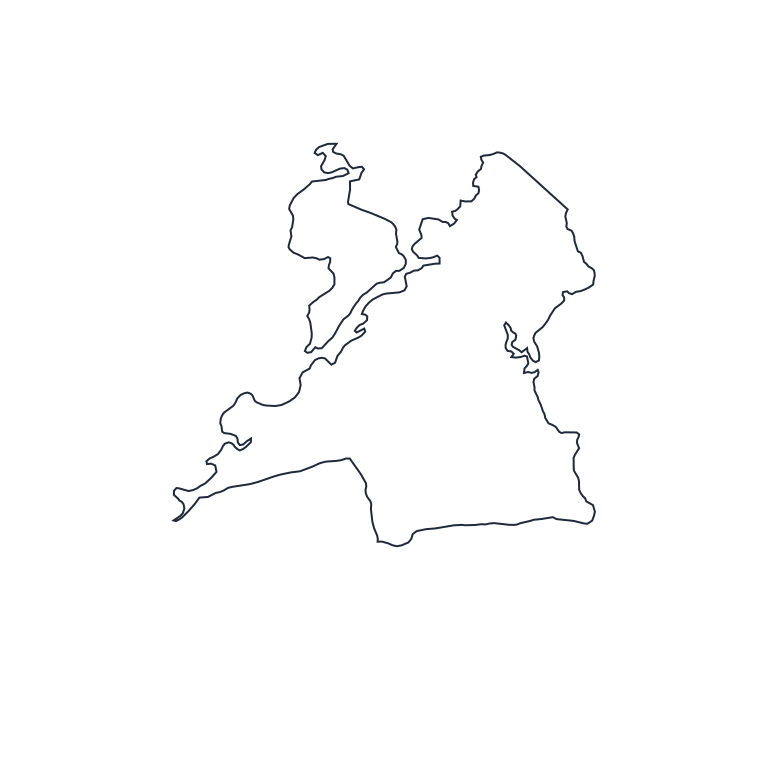 outline of Kisauni, Coast, Kenya, rotated 55°
{"feature_id": "3690345B29559403317261", "entity_name": "Kisauni", "entity_type": "district", "adm_level": 2, "iso_a3": "KEN", "parent_name": "Kenya", "parent_adm1": "Coast", "projection": "equal_earth", "projection_center": [39.676, -3.982], "detail": "fine", "context": "isolated", "style": "outline", "palette": "slate", "viewbox_px": 768, "rotation_deg": 55, "n_neighbors": 0, "source": "geoboundaries", "source_scale": "gbopen_adm2", "svg_char_len": 6166}
<svg xmlns="http://www.w3.org/2000/svg" viewBox="0 0 768 768"><g transform="rotate(55 384 384)"><path d="M348.3,136.8L346.4,133.4L283.5,147.7L266.1,153.0L263.7,154.1L261.4,155.9L259.1,158.5L258.3,162.5L257.0,166.2L254.2,171.1L253.4,174.4L256.2,175.6L259.5,175.8L261.5,179.3L263.4,181.2L263.8,185.6L265.3,188.9L267.6,189.5L267.9,192.8L270.2,195.6L273.0,197.3L276.5,193.5L279.9,195.0L281.9,197.2L282.3,200.6L284.0,203.9L284.5,207.6L281.1,212.7L277.7,216.0L282.2,219.6L283.0,223.3L283.1,226.5L281.9,229.4L285.4,231.2L289.2,231.3L291.5,230.3L292.8,234.6L292.5,239.5L289.2,239.1L286.7,240.5L284.9,243.0L280.4,245.0L273.4,252.4L271.2,257.8L277.7,266.6L283.5,267.9L285.9,269.4L286.7,278.2L287.5,281.4L289.3,283.8L292.4,284.3L297.6,283.1L300.5,283.3L304.8,278.2L306.9,274.6L308.3,271.4L309.3,266.8L312.5,266.1L317.2,269.4L314.8,273.1L309.6,283.8L310.7,286.7L310.4,290.9L308.3,294.4L307.8,298.8L306.5,302.6L308.0,305.4L317.0,309.4L319.0,313.5L317.8,318.8L311.3,330.1L309.8,333.8L308.3,344.5L308.7,349.5L309.8,354.5L311.9,358.9L314.0,362.0L316.6,359.5L319.0,358.9L322.0,361.3L322.6,366.4L321.7,370.1L322.3,374.0L323.7,377.4L326.1,376.9L327.3,368.4L330.4,369.4L331.5,374.9L331.2,378.8L329.7,385.9L329.9,393.8L330.9,397.1L332.9,400.8L334.3,406.1L338.5,411.8L338.0,416.0L329.1,417.7L326.8,420.0L325.5,422.7L324.8,426.7L326.8,433.2L328.7,436.0L327.8,443.9L330.8,449.9L337.1,452.9L341.9,458.3L343.9,464.6L343.9,471.7L342.4,480.0L339.8,485.5L333.8,493.2L331.3,495.5L326.0,498.8L323.7,499.5L317.9,498.3L315.4,498.8L312.7,500.8L311.4,503.9L310.7,507.8L311.7,512.5L314.0,516.2L315.4,519.7L315.7,531.8L317.2,535.3L319.0,537.8L322.2,540.6L325.5,541.4L330.2,543.9L332.6,543.0L336.8,538.3L341.6,535.1L344.8,535.4L348.0,537.2L351.3,537.2L352.8,534.0L352.2,529.5L352.4,524.2L355.3,526.5L356.4,533.4L356.4,536.8L355.7,540.2L353.4,541.4L350.1,542.2L347.4,542.2L345.0,542.9L342.7,544.7L341.6,548.5L342.4,551.4L344.5,555.1L346.2,560.3L345.8,565.8L345.0,569.4L345.4,573.8L348.1,574.9L350.1,571.3L353.9,569.0L359.9,571.6L361.7,579.0L362.9,587.5L362.2,592.8L362.2,597.2L361.4,601.3L359.5,605.6L352.3,611.4L350.2,613.6L351.0,617.2L354.3,619.7L359.9,618.4L362.2,618.4L364.6,617.2L367.6,617.2L371.4,618.9L374.4,622.8L375.2,626.5L375.1,634.6L377.0,633.0L377.5,629.2L377.5,626.0L376.0,617.0L373.6,607.4L371.2,600.3L375.5,593.1L376.7,584.5L378.4,580.3L379.3,576.4L379.6,571.4L381.2,567.3L389.1,551.3L392.0,543.3L396.6,527.1L399.0,520.3L403.0,511.0L407.3,502.9L410.7,489.7L411.9,482.7L412.8,479.9L414.2,476.2L419.8,466.9L421.7,463.0L423.3,457.8L425.4,454.8L444.7,454.7L454.9,455.7L457.8,457.3L460.0,459.8L463.1,461.6L466.6,462.5L472.3,462.4L474.9,463.2L479.0,466.5L489.9,472.4L496.3,474.8L504.4,476.6L507.4,478.0L509.5,479.7L511.7,476.3L516.7,472.1L520.9,469.6L524.2,466.6L526.2,462.3L527.8,454.9L526.5,450.4L523.4,446.5L523.3,441.5L527.1,432.7L531.8,424.7L539.8,407.9L544.2,400.8L546.1,398.8L552.0,389.8L554.6,384.8L557.3,381.3L558.8,377.6L561.2,373.5L570.9,362.5L573.6,358.9L575.2,356.2L576.3,352.0L580.2,342.3L581.0,339.4L584.9,332.5L589.9,322.1L593.6,320.2L604.8,307.3L613.0,300.1L615.2,297.4L615.3,291.8L612.3,287.5L609.6,284.5L603.1,282.3L596.2,285.6L592.9,284.8L590.2,285.4L586.4,285.5L582.6,284.8L575.4,280.0L572.1,278.7L564.5,278.2L562.1,277.1L553.2,271.0L551.5,268.2L548.5,261.0L542.8,259.7L540.4,257.6L539.0,255.0L537.2,253.0L534.2,254.0L527.4,263.4L525.9,266.8L523.6,267.9L517.6,267.9L513.8,269.7L510.6,271.8L504.3,271.4L500.7,269.8L497.4,269.4L490.9,267.5L485.6,266.7L482.9,265.6L475.5,264.4L473.1,262.6L468.1,260.4L465.8,257.8L465.6,253.6L463.0,250.6L460.6,250.0L460.7,253.8L459.6,256.7L456.9,259.0L455.2,263.0L451.8,259.9L451.2,256.7L449.8,253.9L443.5,251.1L441.4,252.7L440.3,256.5L438.0,260.9L435.0,264.2L433.7,260.4L430.4,261.0L427.8,263.8L424.3,263.7L421.6,261.9L419.5,259.4L417.9,256.7L414.7,254.4L404.9,251.9L403.6,248.9L407.6,248.1L410.9,248.2L413.2,249.2L415.6,248.7L417.9,247.5L420.3,248.0L423.1,250.9L423.2,254.9L425.2,257.0L427.5,257.0L434.1,253.8L436.9,253.1L436.7,246.2L440.0,248.0L442.9,248.0L446.2,248.9L450.0,248.7L453.0,247.3L453.6,243.6L450.3,240.8L446.7,238.9L441.1,237.0L435.5,236.7L432.2,235.4L430.4,233.1L429.0,230.4L428.4,221.5L427.3,217.7L425.7,213.1L423.4,209.0L420.0,200.6L419.8,192.4L418.9,188.4L416.3,186.8L413.6,186.8L411.4,184.6L413.2,180.7L415.6,180.4L418.3,178.4L418.6,174.0L420.7,169.5L421.8,165.1L422.5,160.6L422.5,155.6L419.5,153.0L416.4,149.4L413.2,147.5L410.9,146.8L408.0,147.5L404.9,149.2L401.9,149.2L398.7,150.1L392.9,148.0L389.2,147.5L386.6,149.1L376.6,146.1L372.4,143.7L369.1,142.7L366.0,142.4L362.4,144.7L359.7,144.4L357.1,142.0L350.8,139.4L348.3,136.8ZM155.1,292.3L152.7,301.1L153.1,305.0L154.9,308.3L158.6,306.9L159.5,301.6L163.9,301.0L166.4,304.1L169.5,310.6L172.2,312.1L176.4,311.6L179.1,308.9L180.6,305.5L182.3,296.6L184.4,292.6L187.4,291.1L191.0,292.1L190.1,298.3L186.7,304.5L185.9,307.9L184.4,311.3L183.5,314.6L176.8,326.9L177.8,330.1L178.6,337.7L178.8,346.3L179.9,351.5L183.8,358.9L186.2,361.3L193.9,362.0L197.2,363.9L202.8,369.3L204.6,372.5L209.9,375.1L215.2,381.9L217.1,383.7L219.5,384.0L224.4,382.9L228.6,380.1L235.4,376.8L239.5,369.8L242.5,367.0L245.0,365.7L247.3,361.5L247.9,357.0L250.2,355.9L253.1,358.1L255.0,360.9L257.4,363.1L264.5,362.0L268.3,363.5L273.9,367.4L275.6,371.2L276.3,375.3L275.7,387.1L276.3,390.5L276.3,395.2L276.9,400.4L279.9,402.0L282.5,404.2L284.3,407.9L287.9,408.1L291.5,409.2L301.2,414.2L304.4,416.6L308.6,421.6L309.2,426.1L311.6,429.9L314.5,428.9L316.1,425.4L314.5,419.1L317.0,417.8L319.0,414.4L316.9,405.0L316.4,399.8L314.8,395.7L310.4,386.9L307.8,380.3L307.5,373.5L306.5,370.6L304.7,367.6L302.1,361.1L301.2,357.4L299.7,354.1L298.9,350.1L299.2,345.5L297.6,332.5L298.8,329.0L300.7,325.7L300.7,317.4L298.5,313.3L298.2,309.4L300.1,306.5L300.3,301.3L298.2,297.4L295.0,295.0L290.8,294.5L287.9,295.1L285.5,296.7L278.6,295.7L276.8,292.8L274.7,291.2L267.8,288.0L264.8,285.4L261.6,284.6L258.4,284.7L255.6,285.3L248.7,288.9L236.0,297.0L228.3,302.5L216.1,310.0L214.0,308.9L205.2,300.2L198.5,295.7L202.2,286.9L198.1,281.3L196.7,277.2L193.3,277.6L191.6,280.8L189.6,285.8L185.5,287.0L173.9,286.1L170.7,287.9L167.8,290.9L164.8,292.5L162.3,291.5L160.0,285.1L155.1,292.3Z" fill="none" stroke="#1e293b" stroke-width="2"/></g></svg>